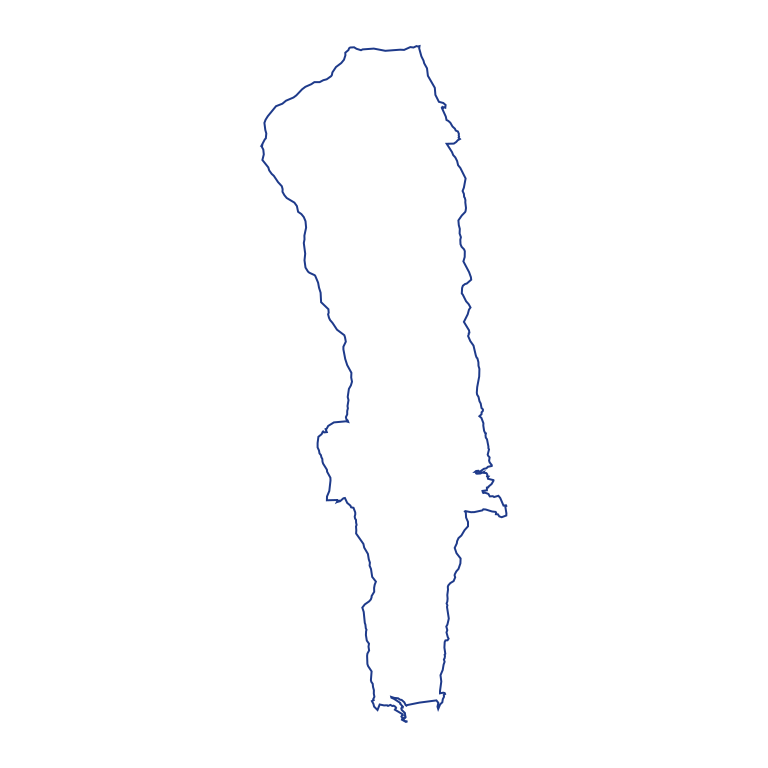 outline of Berlesti, Gorj, Romania
{"feature_id": "2599482B7961046416190", "entity_name": "Berlesti", "entity_type": "district", "adm_level": 2, "iso_a3": "ROU", "parent_name": "Romania", "parent_adm1": "Gorj", "projection": "equal_earth", "projection_center": [23.658, 44.916], "detail": "fine", "context": "isolated", "style": "outline", "palette": "blue", "viewbox_px": 768, "rotation_deg": 0, "n_neighbors": 0, "source": "geoboundaries", "source_scale": "gbopen_adm2", "svg_char_len": 6086}
<svg xmlns="http://www.w3.org/2000/svg" viewBox="0 0 768 768"><path d="M438.2,709.0L440.1,704.4L442.3,702.3L442.8,699.2L444.0,696.8L443.8,694.9L445.1,694.0L444.6,693.0L443.2,692.7L440.0,693.3L440.0,691.0L441.3,681.5L440.5,675.2L442.7,670.0L443.6,664.6L444.6,661.8L443.9,659.4L444.6,658.3L445.0,656.0L444.6,654.8L445.3,653.8L444.4,647.6L444.7,642.0L445.5,640.4L447.5,640.3L448.6,638.7L447.7,636.9L446.5,632.4L447.3,630.1L446.3,626.5L447.4,624.6L448.8,618.6L447.0,606.9L447.4,605.3L446.6,603.4L447.3,601.6L447.6,598.7L447.3,595.0L448.0,589.7L447.8,586.8L448.3,585.4L450.3,583.1L453.6,581.1L455.2,577.3L454.6,575.5L454.8,574.3L456.3,571.4L458.5,568.9L460.4,563.4L460.6,558.5L456.5,553.2L454.7,547.9L456.8,543.4L457.1,541.2L458.5,538.1L461.4,535.5L464.6,530.1L468.0,526.3L468.0,521.9L466.1,517.6L465.8,512.6L464.9,511.4L465.4,511.1L471.0,512.2L474.3,512.1L482.3,510.4L483.3,509.3L485.7,509.5L492.1,511.5L495.6,511.9L496.1,512.6L495.9,514.2L497.9,514.3L499.3,516.4L501.7,517.2L506.3,515.5L506.4,513.3L505.3,506.6L506.3,506.0L506.0,505.3L503.5,505.6L500.2,497.9L498.4,495.8L494.1,497.0L492.8,496.2L489.8,496.4L488.4,493.9L485.0,492.7L483.3,493.0L482.7,491.9L482.5,490.9L486.9,490.3L486.9,487.6L488.3,487.4L488.4,486.7L491.6,484.0L493.5,480.7L493.4,480.1L488.0,478.8L487.7,477.5L488.5,476.5L487.1,476.2L487.4,475.2L487.1,474.1L486.3,473.1L483.4,472.8L483.8,472.0L480.3,473.5L476.8,473.7L476.2,473.4L476.8,471.9L475.0,471.9L476.1,471.0L478.1,470.8L478.2,471.5L479.4,471.4L479.5,472.6L480.0,472.6L481.1,470.8L483.9,468.8L486.4,468.3L487.9,466.8L491.7,466.0L491.8,465.2L489.6,462.3L489.1,460.7L489.6,457.4L488.1,455.7L487.7,454.6L489.0,449.4L488.4,448.2L488.4,446.5L487.0,439.3L485.8,437.6L485.5,435.1L485.9,433.4L485.2,433.2L484.1,430.8L483.3,425.6L483.4,423.2L481.4,417.9L479.4,416.2L481.5,414.3L481.6,412.3L482.7,411.2L483.0,409.9L482.6,409.0L481.5,408.0L480.7,403.5L479.5,401.3L478.5,396.9L477.1,394.6L476.8,392.7L477.2,387.1L479.2,376.5L479.4,368.9L478.5,365.8L478.4,362.2L477.4,358.3L476.6,357.6L475.8,355.4L473.5,345.6L470.3,341.1L468.1,336.0L468.8,334.3L468.7,333.3L469.4,332.7L469.0,330.3L463.9,321.9L467.7,314.3L469.0,309.6L470.5,307.5L468.7,304.2L466.1,301.3L462.7,294.5L461.8,293.5L462.1,288.0L462.9,285.7L465.1,284.0L466.7,283.6L471.2,279.7L470.9,277.2L469.1,272.2L463.4,261.4L464.7,257.0L464.8,251.2L464.1,249.4L461.6,246.8L460.5,244.2L460.3,239.7L460.9,237.2L459.6,233.5L459.8,228.9L458.8,225.1L458.4,220.4L461.8,215.5L465.2,212.0L465.6,210.9L466.0,208.0L465.3,202.4L465.4,200.1L464.8,197.9L464.1,196.8L463.9,193.9L462.6,191.0L463.9,187.6L465.6,178.5L460.3,167.9L458.1,165.2L457.1,161.0L455.3,157.4L453.2,155.1L452.0,152.1L446.7,143.8L453.8,143.6L456.2,142.0L457.8,140.2L459.9,139.0L458.6,137.7L459.1,136.5L458.7,135.6L458.9,133.9L457.9,131.5L455.7,130.5L454.9,128.7L452.5,126.5L450.3,122.7L448.3,120.9L446.5,120.0L445.8,116.6L441.8,107.8L442.3,107.1L443.2,108.1L443.9,107.2L445.3,107.7L445.6,105.0L443.3,103.0L438.9,101.8L435.4,94.9L434.8,87.8L427.9,75.8L427.0,68.3L424.2,63.3L423.5,60.6L421.4,56.4L419.2,48.4L419.5,46.1L417.9,46.5L416.5,46.1L413.5,47.5L410.3,47.1L404.1,49.9L400.1,49.7L385.3,50.8L373.8,48.6L362.6,49.4L361.0,50.2L356.5,48.8L354.1,47.3L350.2,47.5L349.1,48.3L348.4,50.1L345.3,52.7L345.4,55.3L344.0,59.7L341.3,63.0L336.0,67.0L332.4,72.4L331.9,75.0L331.2,76.1L326.7,79.3L323.3,80.2L319.7,82.1L314.4,82.1L311.3,84.2L305.4,86.8L302.1,89.3L296.3,95.4L293.5,97.5L286.0,100.7L282.4,103.7L276.0,106.2L267.8,116.2L265.6,119.7L264.4,122.9L265.3,129.9L266.3,133.5L265.8,138.4L264.8,139.4L261.6,145.5L262.2,145.4L261.9,146.9L263.3,149.6L263.8,154.4L262.4,160.0L268.3,167.4L269.2,170.4L271.7,173.9L273.8,175.8L278.1,182.2L281.8,186.2L282.6,189.1L282.5,191.8L284.4,195.2L286.7,198.0L294.4,202.6L296.9,206.1L298.1,211.8L301.4,214.1L303.8,217.1L305.5,221.2L306.1,227.6L304.4,235.6L304.5,239.4L303.8,243.0L305.2,253.7L304.5,260.3L305.5,267.6L308.0,271.6L309.3,272.7L314.7,275.2L315.3,276.0L318.1,282.7L319.0,287.6L320.6,292.7L321.1,302.2L328.4,309.2L328.7,312.7L328.1,314.3L329.0,317.8L330.1,320.1L332.5,322.9L337.0,329.7L344.3,335.2L345.0,337.3L345.8,341.7L343.4,346.7L343.4,349.4L345.2,358.9L347.2,365.1L351.4,372.8L351.2,377.5L352.0,381.7L350.9,385.4L348.9,388.9L347.7,397.0L348.5,400.1L347.5,406.1L347.9,408.3L347.2,411.0L347.2,414.4L345.9,417.1L346.4,419.3L347.7,420.5L348.2,421.9L346.1,421.3L333.9,422.4L328.2,425.9L326.7,428.7L325.6,429.1L326.8,432.1L324.1,432.4L323.2,431.4L322.8,431.6L321.6,434.2L318.4,436.8L317.6,443.0L317.6,447.4L319.0,450.5L319.5,453.4L320.9,455.1L321.4,457.3L322.3,458.9L322.5,461.7L323.1,463.6L326.9,469.7L327.1,471.7L330.4,477.7L330.5,480.5L329.3,491.0L327.0,496.5L326.9,500.3L337.3,500.0L337.5,500.8L337.0,501.9L339.8,500.3L339.0,501.5L340.1,501.2L343.4,498.3L344.9,498.0L347.2,502.9L350.4,505.6L351.1,507.3L353.5,507.8L355.2,512.3L355.3,514.2L354.7,516.7L355.1,518.6L356.0,519.9L356.1,522.7L356.6,524.9L356.0,526.5L356.3,530.3L356.1,533.5L363.4,543.9L364.2,547.6L367.9,553.9L368.8,559.4L369.9,562.6L369.6,565.7L371.0,569.0L372.2,576.9L375.9,581.6L374.7,584.7L374.1,587.9L374.2,591.8L371.6,596.1L371.6,597.3L370.8,599.5L369.1,601.4L364.8,604.4L362.3,607.6L363.7,611.9L364.8,622.9L365.4,624.6L365.8,628.3L366.5,629.8L366.1,631.1L365.9,635.0L366.8,640.6L369.0,643.7L368.5,646.6L369.1,650.5L367.4,653.6L367.1,655.9L367.4,664.0L368.1,666.1L371.6,671.4L370.9,680.2L371.3,681.8L372.7,683.8L373.0,686.9L373.9,690.2L373.8,693.6L374.4,696.8L373.2,699.2L373.7,700.1L371.9,701.1L373.4,703.8L374.1,706.6L377.5,710.0L379.7,704.5L384.0,705.4L387.1,705.3L388.0,705.9L390.4,704.9L392.3,706.0L393.6,705.7L395.3,706.7L396.1,707.9L394.9,709.7L402.7,714.3L401.4,716.6L402.5,717.9L401.9,719.7L405.9,721.9L407.4,721.4L405.0,721.1L403.7,719.9L403.9,718.0L405.1,717.9L405.6,717.2L405.4,716.2L404.7,715.8L405.2,715.5L404.9,713.0L401.7,709.9L401.3,708.4L401.8,707.4L402.7,707.5L402.9,706.7L400.2,703.8L400.4,703.3L399.9,702.7L393.9,698.8L391.4,697.7L391.2,696.9L394.3,697.9L398.1,698.3L400.1,699.7L401.6,699.9L404.3,702.3L405.7,705.2L407.2,706.1L406.5,705.2L419.5,702.6L436.4,700.4L438.3,702.8L437.5,706.7L438.2,709.0Z" fill="none" stroke="#1e3a8a" stroke-width="2"/></svg>